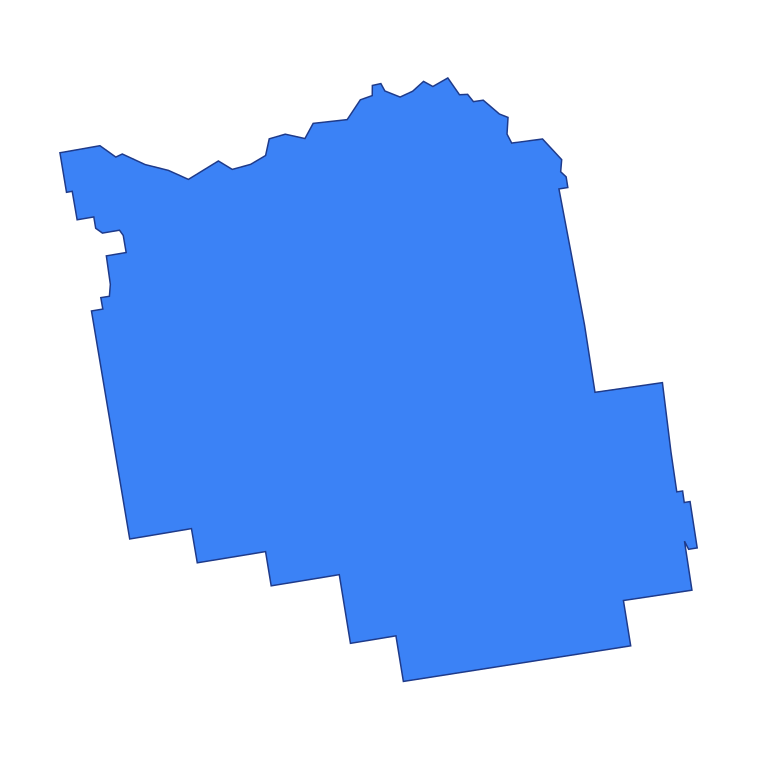 Judith Basin, Montana, United States of America (orthographic projection), rotated 171°
{"feature_id": "52423323B59970675911071", "entity_name": "Judith Basin", "entity_type": "district", "adm_level": 2, "iso_a3": "USA", "parent_name": "United States of America", "parent_adm1": "Montana", "projection": "orthographic", "projection_center": [-110.26, 47.045], "detail": "fine", "context": "isolated", "style": "filled", "palette": "blue", "viewbox_px": 768, "rotation_deg": 171, "n_neighbors": 0, "source": "geoboundaries", "source_scale": "gbopen_adm2", "svg_char_len": 1128}
<svg xmlns="http://www.w3.org/2000/svg" viewBox="0 0 768 768"><g transform="rotate(171 384 384)"><path d="M181.3,86.8L181.4,132.7L112.1,132.2L111.8,181.8L109.0,173.1L100.3,173.1L100.1,220.0L106.0,220.0L105.8,231.6L111.7,231.7L111.2,272.1L108.8,341.8L176.9,342.8L176.7,410.8L178.6,480.0L180.7,549.3L171.7,549.3L171.7,560.1L176.3,566.0L173.4,577.8L189.1,601.2L220.2,602.0L223.4,611.6L219.8,627.9L227.8,632.6L241.6,648.8L251.5,648.9L256.1,657.0L264.2,657.9L273.1,676.3L289.2,670.2L297.6,676.7L309.9,668.7L323.2,664.9L337.3,673.3L340.1,681.2L348.8,680.7L350.5,670.7L362.9,668.4L379.0,650.9L413.2,652.5L423.7,638.8L442.5,646.2L459.0,644.1L465.2,628.2L481.4,621.8L500.3,619.7L512.7,630.2L545.2,616.7L563.5,628.7L585.6,638.1L606.5,652.1L613.4,650.1L627.3,663.8L667.9,663.1L667.6,623.0L661.8,623.1L661.4,594.2L644.5,594.4L644.4,582.9L638.5,577.1L621.2,577.3L618.3,571.5L618.1,554.2L638.2,554.0L638.7,525.2L641.5,513.6L650.2,513.6L650.0,502.0L661.5,501.9L659.4,270.7L596.8,271.3L596.4,236.6L527.2,237.0L527.0,202.3L458.0,202.7L457.7,133.1L411.6,133.4L411.4,87.2L181.3,86.8Z" fill="#3b82f6" stroke="#1e3a8a" stroke-width="1.5"/></g></svg>